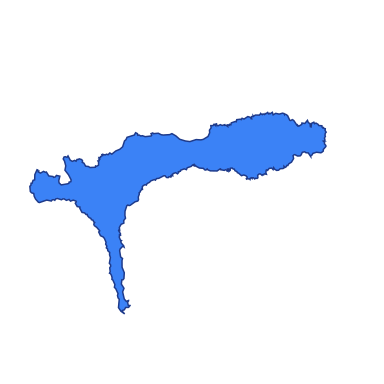 the district of Nossa Senhora Do Rosario, Ribeira Brava, Cabo Verde, rotated 336°
{"feature_id": "66160863B38183693605809", "entity_name": "Nossa Senhora Do Rosario", "entity_type": "district", "adm_level": 2, "iso_a3": "CPV", "parent_name": "Cabo Verde", "parent_adm1": "Ribeira Brava", "projection": "robinson", "projection_center": [-24.164, 16.566], "detail": "fine", "context": "isolated", "style": "filled", "palette": "blue", "viewbox_px": 384, "rotation_deg": 336, "n_neighbors": 0, "source": "geoboundaries", "source_scale": "gbopen_adm2", "svg_char_len": 6030}
<svg xmlns="http://www.w3.org/2000/svg" viewBox="0 0 384 384"><g transform="rotate(336 192 192)"><path d="M51.5,116.7L49.4,119.0L48.5,118.6L47.5,120.4L46.2,120.8L44.5,125.8L45.1,127.5L46.8,129.0L46.1,131.8L46.2,134.8L47.5,138.9L48.4,139.6L56.0,140.3L59.8,143.0L61.2,142.3L62.8,142.9L63.3,143.8L64.7,142.9L66.4,143.2L69.6,146.0L71.2,145.8L72.5,146.4L73.8,148.5L76.7,148.8L77.3,150.9L80.2,151.1L82.3,153.1L82.3,153.9L80.8,154.8L81.2,158.6L83.5,160.2L82.9,161.2L83.2,165.9L85.4,167.4L86.0,169.4L87.2,169.9L86.9,171.1L87.6,173.5L88.9,175.0L88.8,176.4L90.1,177.5L90.1,179.5L90.7,180.2L89.2,181.4L89.1,183.0L90.6,185.6L91.9,190.0L90.5,190.6L90.6,194.7L92.6,197.0L93.1,198.9L93.0,203.0L91.9,204.5L92.2,206.8L91.0,208.2L91.7,209.5L91.2,211.4L92.2,213.7L91.1,215.9L90.8,218.7L87.5,223.5L88.0,225.4L87.5,226.8L86.0,227.8L84.9,231.5L83.6,232.6L84.3,233.5L84.5,235.1L84.2,237.6L83.3,239.3L83.9,240.2L83.9,245.2L82.3,247.5L83.0,249.3L83.1,254.7L81.8,256.3L81.4,258.7L81.9,260.4L77.8,267.7L78.6,272.1L80.9,276.0L79.8,272.7L80.2,271.9L82.3,272.1L84.4,270.5L87.1,271.6L89.8,270.2L88.4,270.5L87.7,269.6L88.2,266.7L89.8,265.6L89.9,265.3L87.5,265.2L86.6,262.2L88.0,255.0L90.7,252.3L90.0,247.4L92.2,243.7L93.2,244.1L94.6,243.4L97.3,238.2L97.5,232.3L100.2,226.1L101.5,224.5L100.4,222.3L102.0,216.2L103.0,214.9L105.9,213.7L106.9,213.6L107.5,214.6L107.7,213.3L106.6,209.8L106.8,208.3L107.8,207.7L107.1,207.2L107.1,204.0L107.8,202.5L109.0,202.4L108.7,201.7L109.3,201.8L109.7,201.0L109.3,198.3L109.9,197.8L109.4,197.3L110.0,196.8L110.4,197.4L111.2,194.8L114.1,192.7L117.1,192.7L118.0,190.3L120.6,188.9L121.2,186.1L123.0,182.3L126.9,178.0L128.1,177.8L129.0,178.8L130.2,179.0L136.0,177.8L138.8,178.2L140.0,177.3L140.9,174.7L143.0,172.5L143.4,171.2L144.9,170.8L145.5,169.8L147.3,169.4L147.1,169.2L147.2,168.9L147.8,169.3L148.7,167.0L150.2,166.3L152.1,166.2L153.1,167.1L154.5,166.0L157.1,165.9L158.8,165.1L162.6,165.3L163.4,166.3L165.0,165.3L167.2,166.0L172.8,165.7L174.0,166.2L174.6,168.3L175.3,168.8L176.3,169.2L177.2,168.6L178.5,169.5L178.9,169.0L179.0,169.6L180.4,168.6L180.8,169.1L180.9,168.4L181.2,168.7L181.6,167.8L182.6,167.5L184.9,167.7L186.1,169.5L187.7,168.8L187.8,168.0L189.9,168.3L190.5,167.5L194.3,167.7L196.0,169.3L197.5,167.9L201.6,168.3L203.4,167.6L204.5,168.8L204.6,167.6L205.2,167.6L205.1,168.7L206.0,169.1L206.0,169.9L208.5,173.1L212.1,175.1L212.5,176.8L213.6,177.6L215.2,177.1L215.2,177.8L217.3,180.1L223.5,183.0L226.5,182.4L227.0,183.0L227.4,181.9L227.6,183.5L230.3,185.4L231.7,185.3L232.6,186.3L232.6,187.3L233.5,187.5L233.8,185.5L234.8,185.8L235.3,186.6L234.5,188.1L235.8,187.7L236.7,185.9L238.4,186.4L238.9,187.7L240.0,188.4L239.9,190.0L241.3,191.6L241.3,192.8L242.3,193.8L243.8,197.2L246.2,197.5L247.8,199.0L248.5,200.7L248.2,201.5L247.1,201.8L247.1,202.4L248.2,202.3L248.5,202.9L249.9,203.3L250.1,204.1L250.9,203.1L252.0,203.1L252.4,204.2L252.9,203.6L253.9,204.0L254.6,205.6L255.6,205.3L257.1,206.1L258.0,205.8L258.8,203.4L260.8,202.8L261.9,203.4L262.8,205.3L263.5,204.9L264.4,205.5L265.4,204.8L267.2,206.1L267.3,204.5L268.7,202.2L269.5,202.2L269.9,203.0L272.1,201.8L274.6,202.6L275.2,204.5L276.5,203.0L276.7,204.7L278.1,206.7L280.0,207.3L282.1,206.6L284.7,207.6L285.9,207.4L286.5,206.0L287.0,207.4L288.2,207.3L289.6,206.3L290.3,206.8L291.9,205.6L295.0,205.2L298.4,202.8L299.1,199.9L300.4,199.5L301.2,199.7L303.0,202.0L305.4,203.0L306.8,202.5L308.9,200.6L311.3,201.1L312.0,202.4L314.1,203.6L314.9,208.0L315.3,207.0L316.8,207.0L318.1,205.9L321.9,206.3L325.7,208.6L326.9,208.5L328.6,208.0L329.2,206.6L332.8,204.9L333.2,203.9L332.6,202.0L333.3,200.5L332.7,199.0L334.3,199.5L334.0,198.8L334.8,198.0L334.9,196.6L336.5,195.4L336.5,194.4L337.6,192.6L338.9,191.9L338.6,189.9L339.5,188.4L337.7,186.8L338.1,186.4L337.2,185.6L337.6,184.3L334.8,182.8L334.7,181.5L333.3,179.5L331.7,179.4L331.7,177.8L329.1,177.9L327.3,181.0L326.7,180.5L327.6,177.5L326.5,175.9L326.6,173.5L323.0,175.3L320.5,173.7L319.7,174.9L316.3,175.3L315.9,174.4L315.4,174.5L315.5,173.4L315.0,173.5L314.1,168.3L313.3,166.8L313.6,166.6L311.3,166.9L310.5,166.3L310.4,161.1L309.6,159.7L308.4,158.4L308.0,158.8L308.0,157.8L306.8,156.8L303.3,156.3L300.5,154.2L297.5,154.5L297.8,151.9L295.0,152.3L294.7,151.6L293.6,151.7L293.5,150.1L291.0,150.6L290.7,150.1L289.7,150.7L288.7,149.6L287.6,149.9L287.3,149.1L286.4,148.9L286.5,148.3L284.9,149.2L281.2,147.5L278.9,147.8L278.8,147.2L278.5,147.9L277.3,147.4L276.5,148.0L276.3,149.4L275.8,149.1L275.9,147.7L273.7,145.8L269.2,146.5L267.7,145.0L266.3,145.9L265.9,145.2L262.3,144.1L261.0,145.8L260.3,145.2L256.0,144.8L254.8,146.4L253.9,145.4L253.0,145.6L253.0,146.1L251.8,145.2L251.3,146.7L250.3,144.9L249.0,144.4L249.2,143.8L246.6,143.5L245.3,142.0L242.6,142.1L241.8,140.8L242.1,139.7L240.6,139.5L240.4,140.7L239.6,139.1L238.1,139.9L236.2,139.0L235.5,141.2L233.1,142.6L232.2,145.1L229.2,147.8L223.7,148.5L221.3,148.0L217.1,145.8L210.6,145.1L206.7,142.7L202.2,138.8L200.1,134.2L197.4,130.5L194.9,130.5L189.0,128.3L187.2,127.2L185.1,124.6L180.5,123.0L180.2,122.1L178.3,122.0L178.3,123.7L177.4,124.2L171.7,122.4L169.6,120.4L168.0,120.0L166.8,118.4L165.6,118.2L165.9,116.5L164.6,114.9L162.4,116.5L154.9,115.6L153.0,117.3L151.1,117.9L147.0,122.5L143.4,123.6L139.1,123.5L134.1,124.8L132.8,122.9L130.5,123.8L129.3,122.7L127.7,122.8L125.8,121.3L125.4,122.1L124.8,121.5L124.7,122.3L122.9,122.5L122.4,123.3L121.0,122.7L121.0,124.4L120.3,124.2L120.4,125.0L119.6,125.7L118.7,125.4L118.8,126.7L117.5,129.5L115.3,129.7L114.5,129.0L113.8,130.1L108.7,128.1L107.8,126.6L105.3,125.1L105.0,121.7L103.8,120.3L104.7,119.1L104.4,117.5L102.4,115.8L101.6,116.1L100.2,115.5L98.6,116.7L97.7,115.4L95.1,115.3L93.7,113.4L93.4,108.6L91.9,109.5L90.6,108.2L89.3,108.0L87.8,109.4L88.1,111.9L87.3,116.8L84.8,120.4L86.2,126.1L86.5,131.8L85.5,133.3L83.7,133.0L83.2,133.9L82.0,134.0L75.4,132.3L74.3,129.7L74.8,127.6L77.7,123.8L74.9,121.7L73.2,122.6L71.6,122.4L71.3,121.3L67.7,119.1L67.1,114.5L66.0,114.3L64.8,112.8L61.2,113.1L60.0,111.4L60.3,110.9L59.8,111.0L60.1,109.2L59.5,108.6L55.5,112.2L53.2,116.9L51.5,116.7Z" fill="#3b82f6" stroke="#1e3a8a" stroke-width="1.5"/></g></svg>